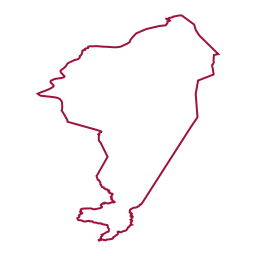 outline of Eyjafjarðarsveit, Norðurland eystra, Iceland
{"feature_id": "244011B64056494481770", "entity_name": "Eyjafjarðarsveit", "entity_type": "district", "adm_level": 2, "iso_a3": "ISL", "parent_name": "Iceland", "parent_adm1": "Norðurland eystra", "projection": "equal_earth", "projection_center": [-18.286, 65.228], "detail": "fine", "context": "isolated", "style": "outline", "palette": "rose", "viewbox_px": 256, "rotation_deg": 0, "n_neighbors": 0, "source": "geoboundaries", "source_scale": "gbopen_adm2", "svg_char_len": 5645}
<svg xmlns="http://www.w3.org/2000/svg" viewBox="0 0 256 256"><path d="M77.9,219.7L79.1,220.3L80.0,220.2L81.3,220.3L82.3,220.9L83.4,221.2L83.7,221.4L84.4,221.5L85.7,221.5L86.0,221.3L86.9,221.1L88.1,221.0L88.7,220.8L89.1,220.8L89.5,220.9L89.6,221.3L89.8,221.4L90.7,221.4L91.2,221.3L92.5,221.4L92.7,221.5L92.7,221.8L93.0,222.1L93.8,222.5L96.3,222.7L98.5,223.4L100.8,223.3L101.0,223.4L101.0,223.6L101.5,223.9L102.6,224.1L103.4,224.3L103.8,224.6L104.2,224.7L104.8,224.6L105.7,224.7L106.1,224.9L107.1,225.0L107.6,225.4L107.8,226.4L107.7,227.0L107.7,227.4L108.1,227.8L108.9,229.1L108.9,230.2L108.7,230.6L108.7,231.3L108.4,231.6L107.8,231.8L106.4,232.2L105.5,232.8L105.0,233.2L103.3,234.1L101.9,234.7L102.2,235.0L101.9,235.1L101.9,235.5L102.0,235.7L102.0,235.8L102.1,236.0L101.2,236.6L101.2,236.8L101.0,237.3L100.7,237.6L100.6,238.1L100.8,238.5L101.1,238.7L101.1,238.9L101.0,239.1L100.6,239.3L100.1,239.4L99.8,239.6L99.1,239.7L98.9,239.8L98.7,240.0L99.2,240.6L99.5,240.3L99.9,240.2L101.3,239.9L102.4,239.6L103.1,239.6L103.9,240.0L104.7,240.0L105.1,240.2L105.5,240.3L106.8,239.6L111.7,239.0L111.9,238.8L112.7,238.6L112.9,238.3L113.1,237.5L113.7,237.0L114.6,236.5L115.6,235.6L117.1,234.7L117.6,234.3L117.9,233.7L118.0,232.9L117.6,232.0L117.7,231.8L118.0,231.7L119.1,231.6L120.2,232.2L121.2,232.2L121.9,231.9L122.3,231.6L122.6,231.4L125.7,230.6L126.3,230.3L127.3,228.9L127.6,228.5L127.6,227.8L127.7,227.6L129.0,227.0L129.1,226.6L129.2,226.4L129.7,226.1L129.9,225.5L130.0,225.3L130.7,225.0L131.8,224.7L131.0,224.2L131.2,223.7L131.0,223.4L131.1,223.0L130.9,222.8L130.8,222.5L131.5,221.9L131.2,221.5L131.2,221.3L132.1,220.9L132.2,220.7L131.7,220.2L130.9,219.7L131.5,219.4L131.6,218.4L131.5,217.8L132.2,217.6L132.3,217.2L132.6,216.9L131.9,216.5L130.6,216.2L130.6,215.7L131.7,215.3L131.3,214.9L130.8,214.6L131.0,214.1L131.8,213.8L131.9,213.6L131.4,213.2L129.9,212.6L129.7,212.3L129.7,211.4L130.0,211.1L129.8,210.9L129.8,210.7L130.1,210.4L130.1,209.8L130.3,209.5L130.7,209.2L131.3,209.0L131.5,208.8L132.8,208.2L133.4,207.8L133.9,207.7L135.8,207.6L137.1,207.1L137.8,206.5L138.8,206.3L139.8,205.2L139.6,205.0L139.7,204.8L140.5,204.3L141.4,204.2L191.2,126.5L194.3,121.9L197.5,117.3L195.7,93.9L198.1,80.5L213.6,74.5L213.6,73.9L212.7,68.4L212.1,65.6L212.1,65.1L213.2,63.7L213.6,62.9L213.7,62.4L213.8,61.8L213.5,61.1L213.9,55.0L218.3,54.1L200.2,36.4L199.0,35.0L195.8,30.1L194.2,24.6L181.7,15.4L178.9,15.5L174.7,16.4L173.2,16.6L172.8,17.1L172.5,17.3L170.6,17.6L169.4,18.1L168.7,18.1L168.6,18.3L167.8,18.7L167.0,18.9L166.4,18.9L166.5,19.1L167.9,18.8L168.9,19.6L169.9,20.6L169.6,20.7L169.6,20.8L169.4,21.0L168.7,20.9L168.6,21.1L168.1,21.1L167.4,21.4L167.6,22.0L167.4,23.3L166.6,23.9L166.6,24.3L166.5,24.5L165.9,24.9L165.7,25.1L165.7,25.3L159.3,26.0L146.1,29.1L136.2,33.4L132.1,37.7L131.4,38.7L130.5,39.9L130.2,40.4L129.8,41.7L129.6,42.1L127.0,43.8L124.6,44.8L121.2,46.5L119.2,46.9L117.4,47.2L114.0,47.3L107.4,46.8L103.5,46.7L98.3,46.3L97.0,46.1L94.0,46.2L92.7,46.4L91.1,46.2L89.3,46.4L88.1,46.8L88.0,47.1L88.2,47.5L88.1,48.0L85.6,48.6L84.9,49.0L85.0,49.9L83.1,50.3L82.5,50.5L82.2,51.0L82.3,51.7L82.2,52.8L81.7,54.0L80.7,55.5L80.0,55.8L79.8,56.0L79.7,56.4L79.9,57.2L79.5,57.9L79.0,58.4L78.1,59.1L77.6,59.3L74.4,60.1L72.5,61.0L69.8,62.2L67.7,63.4L67.0,64.2L66.2,65.7L66.0,66.1L63.7,68.2L60.8,70.4L60.6,70.8L60.5,71.3L60.8,72.2L61.3,72.9L64.4,76.1L64.5,76.7L64.2,77.0L62.9,77.6L61.5,78.0L55.5,78.8L54.0,79.3L52.3,80.1L51.4,80.4L50.8,80.8L50.6,81.2L50.5,81.8L50.7,82.5L52.3,84.0L53.2,84.9L53.7,86.0L53.5,86.5L51.3,88.0L49.2,89.1L45.6,90.6L40.5,92.5L37.7,93.7L39.4,95.1L40.0,95.4L40.7,95.7L42.9,96.0L50.9,96.8L55.8,97.5L56.9,97.7L58.4,98.3L59.3,98.7L60.2,99.4L61.7,101.5L62.0,102.4L62.2,105.4L62.3,106.9L62.0,109.5L61.6,110.5L63.3,113.0L67.2,119.8L67.6,121.8L96.3,129.8L100.6,131.2L101.0,131.3L101.4,131.8L101.2,132.1L100.5,132.3L99.8,132.8L98.7,133.8L98.4,134.3L99.3,134.7L99.3,134.9L99.3,135.1L98.8,135.5L98.8,140.4L100.6,142.7L107.6,156.8L96.9,175.6L96.5,176.0L97.7,179.7L98.8,180.1L99.1,180.5L99.4,181.2L99.9,181.6L100.1,181.9L100.4,182.7L100.3,183.8L100.4,184.1L100.5,184.5L100.8,184.6L100.9,184.8L100.9,185.2L101.2,185.3L101.4,185.7L101.5,186.1L101.8,186.5L101.9,186.9L102.4,187.1L103.0,187.2L103.7,187.4L103.8,187.5L103.8,187.9L104.1,188.4L104.9,188.5L105.2,189.0L105.6,189.2L106.2,189.4L107.2,189.4L107.6,189.8L107.6,190.0L108.9,190.4L109.2,190.7L108.9,191.1L108.4,191.3L108.3,191.5L108.4,191.8L108.6,191.9L109.1,192.0L109.6,192.3L109.6,192.6L109.5,192.8L109.6,193.1L110.5,193.2L111.6,193.7L112.3,193.7L112.6,194.0L112.5,194.4L111.6,195.3L111.7,195.8L111.7,196.4L111.4,196.7L110.8,197.0L111.0,197.3L111.5,197.6L111.8,198.0L111.6,198.3L111.8,198.8L111.3,199.0L111.3,199.3L112.6,200.2L112.7,200.5L113.1,201.1L113.7,201.3L113.8,201.5L114.5,201.8L114.6,202.1L114.3,202.3L114.1,202.4L112.7,202.3L112.2,202.2L111.1,202.4L110.7,202.8L110.0,202.9L109.6,203.2L108.8,203.3L108.2,203.3L107.2,203.4L106.4,203.1L105.2,203.1L104.9,202.9L104.8,202.7L104.7,202.6L104.0,202.8L103.3,203.1L103.5,203.5L103.1,203.5L102.6,203.7L102.3,204.0L101.7,204.2L101.0,204.7L100.8,205.3L101.0,205.6L101.0,205.8L101.3,206.0L102.0,206.8L102.0,207.0L101.4,207.6L100.1,208.2L98.8,208.4L95.6,209.1L94.8,209.3L94.1,209.2L93.8,209.1L93.3,209.1L92.2,208.9L91.3,208.5L90.5,208.4L87.8,208.5L86.6,208.4L86.0,208.6L84.2,208.5L83.6,208.6L82.8,208.6L82.3,208.8L81.6,208.9L80.7,209.5L80.7,210.3L80.7,210.5L81.2,210.8L81.3,211.0L81.2,211.2L80.5,211.6L80.8,211.8L80.9,212.0L80.4,212.4L80.5,212.6L81.6,212.7L82.2,213.1L82.1,213.3L82.0,213.5L81.5,213.6L80.4,214.4L79.3,215.0L79.0,215.5L79.3,215.7L79.4,216.8L79.1,217.2L78.2,217.6L77.9,217.9L77.3,218.2L77.9,219.7Z" fill="none" stroke="#9f1239" stroke-width="2"/></svg>